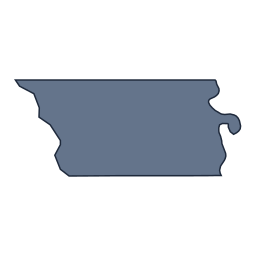 Douglas, Nebraska, United States of America (Natural Earth projection)
{"feature_id": "52423323B70861004931924", "entity_name": "Douglas", "entity_type": "district", "adm_level": 2, "iso_a3": "USA", "parent_name": "United States of America", "parent_adm1": "Nebraska", "projection": "natural_earth1", "projection_center": [-96.018, 41.292], "detail": "fine", "context": "isolated", "style": "filled", "palette": "slate", "viewbox_px": 256, "rotation_deg": 0, "n_neighbors": 0, "source": "geoboundaries", "source_scale": "gbopen_adm2", "svg_char_len": 1014}
<svg xmlns="http://www.w3.org/2000/svg" viewBox="0 0 256 256"><path d="M15.4,80.0L19.6,86.2L33.9,93.7L39.3,107.8L39.0,117.1L50.2,124.8L60.4,140.5L60.4,144.7L54.8,155.2L60.4,169.3L69.1,176.0L118.3,175.7L132.7,175.7L161.7,175.7L183.4,175.7L188.9,175.7L190.1,175.7L211.9,175.6L215.1,175.5L221.2,175.5L220.2,173.3L219.6,170.3L220.6,166.0L224.3,160.4L225.2,158.5L225.8,156.3L225.8,155.2L225.6,153.3L223.5,147.8L221.9,143.6L221.7,140.8L220.7,136.8L220.5,136.1L219.1,132.8L218.8,131.1L218.8,128.5L218.8,127.7L219.6,124.8L222.3,123.5L227.7,123.6L228.3,124.2L228.3,127.1L230.3,131.7L233.6,134.3L236.5,132.8L238.6,131.1L240.1,129.0L240.2,128.7L240.6,126.0L239.4,120.7L238.1,118.1L236.3,116.1L234.2,115.0L230.2,114.0L224.7,114.5L221.6,114.1L220.3,113.5L215.1,110.4L212.3,107.9L209.9,105.2L208.6,102.5L208.6,100.8L209.3,99.6L210.3,98.8L214.5,96.9L216.6,95.4L218.3,93.5L219.1,90.9L218.9,88.6L216.7,84.2L216.0,81.0L215.1,80.0L168.9,80.0L104.8,80.0L68.6,80.0L15.4,80.0Z" fill="#64748b" stroke="#1e293b" stroke-width="1.5"/></svg>